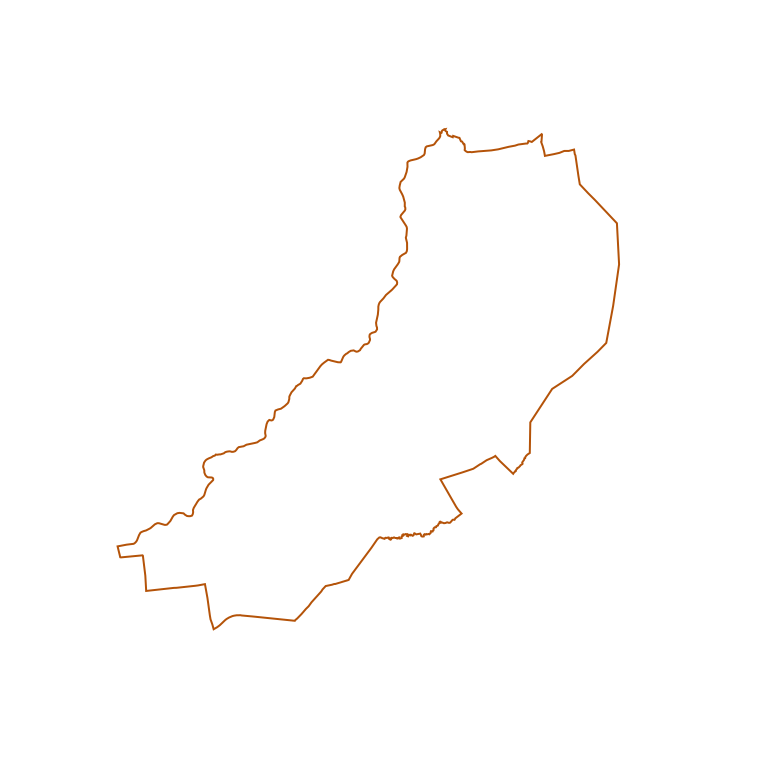 the district of Fratautii Noi, Suceava, Romania, rotated 110°
{"feature_id": "2599482B88519783611036", "entity_name": "Fratautii Noi", "entity_type": "district", "adm_level": 2, "iso_a3": "ROU", "parent_name": "Romania", "parent_adm1": "Suceava", "projection": "orthographic", "projection_center": [25.895, 47.931], "detail": "fine", "context": "isolated", "style": "outline", "palette": "amber", "viewbox_px": 768, "rotation_deg": 110, "n_neighbors": 0, "source": "geoboundaries", "source_scale": "gbopen_adm2", "svg_char_len": 6150}
<svg xmlns="http://www.w3.org/2000/svg" viewBox="0 0 768 768"><g transform="rotate(110 384 384)"><path d="M222.3,424.7L227.7,417.5L228.8,416.3L230.3,415.5L236.9,413.7L239.1,413.5L243.5,410.6L249.4,408.4L251.4,408.0L253.2,408.2L256.5,411.0L259.0,412.5L260.3,412.5L263.3,411.6L264.3,411.5L266.8,412.0L272.7,413.7L275.0,413.9L279.5,413.4L280.5,412.4L281.7,410.1L282.5,407.9L282.9,407.2L284.2,406.3L285.9,405.9L292.5,408.6L299.7,412.6L303.7,413.8L308.1,415.7L309.2,416.0L311.0,416.1L313.2,415.8L316.0,414.8L321.0,413.5L329.2,412.4L332.0,411.0L333.3,409.9L335.0,409.2L337.7,409.8L338.3,410.4L340.0,412.7L341.8,414.1L342.9,414.3L344.7,413.8L346.4,412.6L347.4,412.2L350.4,412.4L351.4,412.9L352.3,413.7L353.3,415.5L354.0,416.2L358.9,417.9L360.4,418.1L362.3,419.6L363.0,420.7L363.0,421.1L363.1,421.7L362.8,424.0L364.2,426.6L366.2,428.2L367.6,428.9L368.5,429.8L370.4,430.9L371.7,431.4L372.8,431.6L377.9,431.9L378.5,432.2L379.3,434.7L380.1,441.7L380.1,443.3L380.4,444.9L384.4,447.6L386.8,449.0L389.0,449.9L401.5,453.5L403.5,455.9L405.1,458.6L406.1,461.4L407.1,461.9L408.7,461.9L412.3,462.7L414.4,464.5L415.4,465.0L415.9,465.7L418.8,466.2L423.4,468.1L427.3,468.6L428.4,468.6L430.4,467.9L431.4,467.8L433.8,467.6L435.1,467.9L438.9,469.9L442.5,472.4L444.1,474.8L446.0,476.9L447.6,477.0L452.6,475.8L455.4,476.0L456.2,476.5L456.8,477.4L457.0,479.5L459.1,480.5L461.9,480.6L468.6,479.6L470.8,478.9L473.3,477.4L474.6,477.4L476.1,477.9L477.4,479.0L479.5,481.4L482.1,483.1L483.4,484.9L488.1,492.5L490.5,494.6L493.0,498.9L494.4,499.7L496.4,500.2L498.0,500.9L499.1,502.2L499.8,503.7L499.9,505.4L500.2,506.4L501.2,508.3L502.3,509.8L503.9,510.8L506.1,513.6L506.6,514.9L507.6,516.7L507.8,517.9L509.2,518.5L510.1,519.8L511.9,521.1L513.9,523.3L515.7,524.9L517.0,525.6L519.4,526.2L523.0,525.8L523.9,525.5L526.5,523.4L528.7,522.5L530.5,520.9L531.6,519.1L531.9,517.6L530.8,514.0L530.8,512.9L531.6,512.0L532.7,511.7L538.6,514.4L542.9,515.2L544.6,515.2L549.6,514.9L551.4,515.2L554.5,517.0L555.8,518.2L558.3,519.0L565.4,520.4L567.8,520.4L569.7,519.5L571.6,519.2L573.3,519.4L574.3,520.6L574.9,521.9L575.4,523.9L574.9,526.3L574.1,528.1L575.0,532.0L576.1,534.0L579.0,536.5L580.9,537.1L585.8,537.9L590.2,539.7L591.0,540.8L591.4,542.0L591.8,548.0L592.3,549.4L594.2,551.3L599.1,554.0L600.1,554.8L603.0,557.5L604.5,559.6L606.0,561.2L607.0,562.0L609.8,562.5L615.1,562.6L616.8,562.9L618.6,563.7L619.8,564.6L623.0,570.9L627.7,578.8L637.0,572.6L636.9,571.9L627.6,552.3L627.9,551.8L645.8,542.7L659.8,536.7L647.4,511.6L646.5,509.3L638.2,492.4L636.9,489.9L633.3,483.8L645.5,476.7L661.0,468.5L664.5,466.5L668.6,463.1L672.7,460.2L669.6,457.6L667.0,455.9L660.0,452.4L658.6,451.5L656.4,449.7L653.9,447.0L652.9,445.5L651.8,443.5L650.4,439.9L650.2,438.6L647.3,427.6L637.0,386.8L636.3,386.7L634.1,385.4L628.3,382.8L622.2,380.5L618.6,378.8L614.0,377.5L600.4,372.0L598.1,371.5L593.8,369.7L590.4,364.2L588.9,362.3L588.6,361.4L580.2,350.2L573.3,349.1L542.2,339.8L532.2,337.2L529.8,335.9L529.3,334.9L529.4,334.4L529.3,333.7L529.5,333.0L529.3,331.5L529.4,330.8L529.3,330.5L528.5,330.4L528.0,330.0L527.7,328.6L527.3,328.3L526.6,327.1L526.8,326.8L527.6,326.5L527.8,326.2L528.1,324.7L527.6,324.2L527.3,324.2L527.0,324.8L526.6,324.9L525.9,324.2L525.7,323.0L524.8,322.2L524.7,321.7L524.9,320.8L524.3,319.2L524.7,318.8L524.5,318.3L523.2,317.6L523.0,317.3L523.9,316.6L523.8,316.1L522.6,314.7L521.4,315.3L520.8,314.8L520.2,315.0L520.2,314.3L520.0,314.1L518.8,314.6L518.6,314.4L518.5,313.0L517.7,312.5L517.7,311.8L517.1,311.0L517.2,310.3L517.5,310.1L518.9,310.3L518.9,309.2L517.2,309.0L517.1,308.7L517.2,307.7L516.7,307.7L516.4,307.2L516.6,305.9L516.9,305.5L516.8,305.1L516.0,304.5L514.6,304.6L513.9,304.5L513.8,304.2L514.3,302.3L512.2,298.8L512.6,298.5L512.9,297.9L514.0,297.1L514.3,296.6L514.2,295.6L513.8,294.8L513.6,294.5L512.1,295.0L511.5,294.7L511.1,294.3L511.3,293.6L511.3,293.2L510.5,292.8L510.5,292.1L510.0,291.2L509.7,290.9L509.6,290.6L509.7,290.0L507.9,289.2L507.2,289.5L506.2,289.5L506.1,289.1L506.2,288.3L506.0,287.9L505.0,287.9L504.6,287.5L504.1,287.5L502.9,288.0L502.5,287.9L501.4,287.4L501.0,286.3L500.7,286.1L499.8,286.2L498.5,284.9L497.3,285.0L496.0,284.4L495.0,284.6L494.4,284.4L494.1,284.1L494.1,283.8L495.0,283.3L495.0,283.1L494.3,282.4L494.3,280.0L493.6,278.7L492.4,277.4L492.3,275.8L492.0,274.9L491.6,274.4L488.2,273.1L487.8,272.6L487.5,271.3L485.8,271.0L479.2,266.8L476.5,271.7L474.7,274.2L454.3,298.4L440.1,279.9L433.1,271.1L426.5,266.2L425.8,265.4L420.5,261.5L416.7,257.5L414.7,255.6L413.5,254.8L416.8,248.7L424.2,231.9L422.9,231.6L421.8,231.0L421.2,231.0L420.8,230.4L420.0,230.5L419.1,230.4L418.0,229.9L417.4,230.0L417.1,229.8L416.7,229.1L414.6,228.1L413.6,227.9L412.1,226.7L411.6,226.5L410.4,227.3L407.5,226.5L405.7,226.6L405.4,226.0L404.3,226.2L403.0,225.9L401.1,225.0L399.0,223.4L370.0,233.4L331.1,224.3L312.0,209.9L296.8,202.9L280.8,194.4L269.4,189.2L232.2,195.4L191.2,204.0L153.3,220.1L139.0,248.6L134.9,257.4L129.4,268.3L122.1,272.4L103.7,282.3L102.8,283.3L98.7,285.6L101.8,290.1L103.4,294.4L106.8,298.2L109.9,303.0L114.6,310.8L110.5,313.2L106.3,316.2L102.8,319.1L102.5,318.9L96.4,320.6L95.5,320.9L95.3,321.3L106.0,327.9L106.0,329.3L106.3,331.4L108.4,331.3L109.0,331.6L109.4,332.7L113.0,339.6L115.2,342.4L118.5,348.0L124.4,356.9L127.8,363.1L133.3,375.2L136.2,380.9L136.5,382.4L137.5,384.6L137.5,385.4L137.2,386.9L136.6,388.2L134.9,388.6L131.3,390.3L131.0,390.8L131.4,391.2L129.5,393.5L129.6,394.7L126.9,397.3L127.1,398.2L127.2,403.9L128.6,403.8L128.5,408.7L127.2,410.4L125.5,411.0L125.3,412.4L124.7,413.4L124.4,413.5L123.5,413.4L123.9,414.0L123.9,414.5L124.9,415.1L125.5,415.8L126.4,416.1L127.2,416.1L128.1,415.8L128.4,415.9L128.6,416.5L128.4,417.6L129.6,416.8L131.3,416.1L132.0,415.9L133.4,416.0L134.5,416.3L138.1,417.8L141.1,418.6L142.1,419.2L142.9,420.1L146.1,425.1L147.3,425.8L149.3,425.7L153.6,424.6L155.2,424.8L158.4,427.1L160.4,429.1L161.7,430.7L164.9,435.6L166.4,437.2L167.2,437.6L168.0,437.7L171.9,436.2L177.0,435.3L182.5,435.2L184.1,435.4L188.4,437.5L192.2,437.1L194.6,436.6L196.1,435.6L199.6,431.7L201.4,430.0L206.4,426.5L210.1,425.2L210.7,424.5L212.4,423.7L213.8,423.7L219.3,425.7L221.1,425.8L221.7,425.5L222.3,424.7Z" fill="none" stroke="#b45309" stroke-width="2"/></g></svg>